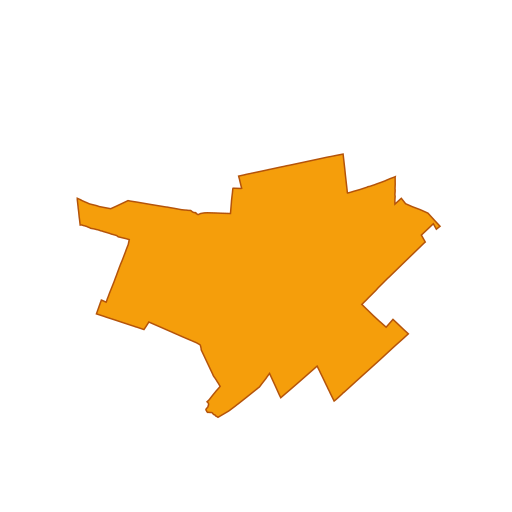 the district of Movila Banului, Buzau, Romania, rotated 319°
{"feature_id": "2599482B74879636835293", "entity_name": "Movila Banului", "entity_type": "district", "adm_level": 2, "iso_a3": "ROU", "parent_name": "Romania", "parent_adm1": "Buzau", "projection": "mercator", "projection_center": [26.693, 44.979], "detail": "fine", "context": "isolated", "style": "filled", "palette": "amber", "viewbox_px": 512, "rotation_deg": 319, "n_neighbors": 0, "source": "geoboundaries", "source_scale": "gbopen_adm2", "svg_char_len": 5151}
<svg xmlns="http://www.w3.org/2000/svg" viewBox="0 0 512 512"><g transform="rotate(319 256 256)"><path d="M319.9,414.7L319.2,408.2L318.4,399.6L317.8,393.7L307.5,395.1L306.5,387.2L306.4,386.9L305.4,377.9L304.1,362.0L308.1,361.7L310.2,361.6L312.4,361.4L313.2,361.3L323.7,360.6L327.6,360.1L329.4,360.0L339.2,359.3L341.0,359.2L342.4,359.2L365.3,357.9L391.2,356.5L392.9,356.5L394.2,350.3L394.5,348.7L411.0,348.0L410.3,351.2L409.7,354.1L414.4,354.3L414.1,345.4L413.9,336.5L411.2,330.6L410.3,328.7L406.3,321.3L403.2,314.7L403.5,307.8L401.9,307.8L394.9,308.0L396.0,306.6L397.7,304.7L400.1,302.3L401.1,300.8L403.5,298.4L404.7,297.0L405.0,296.5L408.1,293.2L412.7,287.8L413.1,287.5L412.2,287.2L410.8,286.7L408.8,285.9L408.3,285.7L406.4,285.1L404.0,284.3L403.1,284.1L398.0,282.2L396.0,281.4L394.5,280.8L392.2,280.0L390.1,279.1L388.3,278.4L387.2,277.9L386.3,277.3L385.5,277.0L384.9,276.9L381.6,275.5L378.2,274.1L374.6,272.4L372.1,271.2L369.3,270.0L366.7,268.7L366.4,268.5L366.4,268.3L369.8,263.4L374.2,257.0L377.1,252.8L380.0,248.7L383.1,244.2L388.6,236.2L373.3,227.4L369.8,225.5L362.2,221.3L356.8,218.3L353.7,216.6L349.9,214.5L340.7,209.4L339.8,208.9L339.2,208.5L338.7,208.2L338.3,208.0L337.9,207.8L337.8,207.7L336.6,207.1L335.9,206.7L335.5,206.5L334.5,205.9L332.2,204.6L323.8,200.0L322.3,199.1L322.0,199.0L316.9,196.2L301.7,187.7L300.8,187.3L295.3,184.3L294.8,185.3L294.0,187.0L293.3,188.3L290.8,193.1L289.6,195.5L289.1,195.3L283.2,189.8L282.7,190.0L281.6,191.0L279.5,193.0L277.6,194.7L273.9,198.1L272.5,199.5L264.6,207.2L257.7,200.8L253.8,197.1L247.6,191.4L245.2,189.5L242.1,187.6L239.7,186.9L239.3,186.6L239.1,185.9L238.9,185.0L238.7,184.8L238.7,184.4L238.9,184.1L239.0,183.9L238.9,183.7L238.6,183.3L238.4,183.2L238.0,182.9L237.9,182.6L237.5,182.2L237.2,181.5L237.0,181.2L236.7,179.4L236.6,178.9L236.4,178.6L235.0,177.3L233.9,176.1L233.3,175.4L232.7,174.9L231.3,173.4L230.1,172.1L229.2,171.0L228.1,169.6L225.5,166.3L223.6,164.0L223.1,163.4L222.0,162.0L221.3,161.1L220.9,160.6L220.5,160.3L209.9,147.5L201.5,137.2L197.1,132.0L196.2,130.8L195.7,130.2L193.8,129.7L183.1,126.7L177.4,125.0L176.1,123.4L170.1,115.8L169.2,114.2L168.4,112.9L168.1,112.5L166.4,110.1L164.5,107.4L163.1,104.3L162.8,103.8L160.8,99.5L160.6,99.0L160.7,98.9L160.6,98.7L160.5,98.4L160.3,98.0L159.7,96.8L159.5,96.3L159.3,95.9L159.0,95.2L158.1,96.2L153.9,102.3L153.3,103.1L151.1,106.4L148.2,110.5L146.2,113.5L144.9,115.4L143.6,117.3L144.6,118.0L144.9,118.4L145.2,118.9L145.3,119.0L145.7,119.8L146.5,120.8L147.0,121.7L147.5,122.4L148.1,123.8L149.0,125.5L149.3,126.4L149.5,126.8L150.4,127.9L151.5,129.2L152.6,130.8L152.9,131.3L153.3,131.8L153.8,132.4L154.4,133.4L154.7,133.8L155.0,134.6L155.7,135.6L156.3,136.3L156.7,137.2L157.8,138.9L160.3,142.8L160.8,143.8L161.5,145.0L162.1,145.8L162.6,146.6L163.2,147.5L163.9,148.6L164.2,149.1L164.5,150.4L164.6,151.2L164.9,151.5L167.1,154.6L169.4,157.8L171.1,160.5L167.0,163.6L165.2,164.5L161.8,166.3L160.6,167.0L159.5,167.6L156.5,169.2L153.7,170.7L151.4,171.9L148.7,173.2L147.4,173.9L145.5,174.9L140.4,177.7L139.3,178.3L138.3,178.9L137.7,179.2L135.6,180.3L132.4,182.1L125.6,185.6L121.3,187.8L116.9,190.2L115.3,191.0L114.6,191.5L112.6,192.5L111.6,190.3L110.6,188.1L110.4,187.8L108.9,188.7L108.2,189.0L103.1,191.9L97.6,195.0L101.2,201.0L101.8,202.0L102.9,204.0L103.4,204.8L107.5,211.6L111.4,218.2L113.9,222.4L116.4,226.6L117.0,227.6L117.8,228.9L118.9,230.9L119.2,231.2L123.2,238.0L124.0,237.8L126.9,237.0L130.6,235.9L131.4,235.7L131.8,235.5L136.4,245.2L137.6,247.7L147.5,268.7L154.1,282.3L155.5,286.2L155.4,286.9L154.3,289.1L153.5,290.4L153.1,290.8L152.8,291.9L145.6,317.4L145.4,317.8L145.2,318.7L145.1,319.6L145.0,320.3L145.0,321.0L144.8,322.2L144.7,323.3L144.5,324.3L144.3,325.4L144.2,326.4L143.9,328.2L143.7,329.2L143.5,330.2L143.5,330.7L143.5,330.8L143.4,330.9L143.0,330.9L142.3,331.1L141.4,331.2L136.8,331.8L135.9,332.0L132.8,332.5L130.7,332.9L127.2,333.6L126.0,333.8L123.4,333.9L123.5,334.8L123.5,335.4L123.4,335.9L123.2,336.4L122.8,336.9L122.4,337.2L122.1,337.5L121.7,337.6L121.3,338.0L120.7,338.3L120.2,338.4L119.6,338.5L119.1,338.6L118.6,338.6L118.2,338.7L117.9,338.8L117.5,339.0L117.4,339.1L117.2,339.4L117.2,339.7L117.1,340.2L116.9,340.9L116.8,341.2L116.8,341.6L116.9,341.8L116.9,342.1L116.9,342.3L117.1,342.4L117.2,342.5L117.4,342.6L117.6,342.9L118.1,343.4L118.6,343.9L118.9,344.2L119.4,344.6L119.9,345.2L120.1,345.8L120.1,346.3L120.0,346.8L120.1,347.7L120.1,347.8L120.3,348.4L120.7,348.8L120.7,349.7L120.6,350.2L120.9,350.9L121.1,351.3L121.3,352.2L121.5,352.8L133.2,355.0L134.7,355.2L136.3,355.3L141.9,355.7L144.6,355.8L145.4,355.9L156.1,356.4L171.2,357.0L172.6,357.1L175.0,356.6L176.3,356.3L183.0,355.0L185.2,354.4L189.2,353.5L185.3,366.8L182.5,376.1L181.7,379.2L196.4,379.3L198.2,379.3L202.7,379.3L207.1,379.3L228.9,379.2L229.9,379.2L229.8,379.8L229.3,381.4L229.0,382.7L228.4,385.0L228.1,385.9L226.9,390.5L225.1,397.0L224.4,399.5L223.9,401.5L223.4,403.1L222.6,406.3L222.0,408.3L219.8,416.7L221.5,416.8L224.4,416.8L227.6,416.7L230.9,416.6L232.1,416.4L232.1,416.5L232.4,416.6L246.3,416.3L249.4,416.2L249.8,416.2L266.3,415.9L281.6,415.6L298.4,415.1L302.5,415.0L311.1,414.9L319.9,414.7Z" fill="#f59e0b" stroke="#b45309" stroke-width="1.5"/></g></svg>